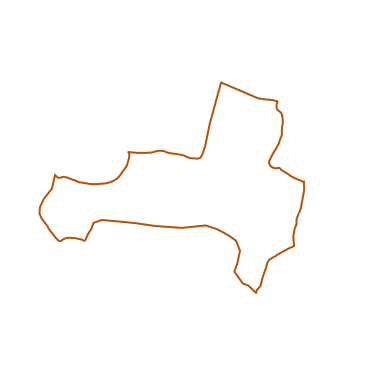 Lawdar, Abyan, Yemen, rotated 221°
{"feature_id": "15242507B88557001231936", "entity_name": "Lawdar", "entity_type": "district", "adm_level": 2, "iso_a3": "YEM", "parent_name": "Yemen", "parent_adm1": "Abyan", "projection": "robinson", "projection_center": [45.821, 13.812], "detail": "fine", "context": "isolated", "style": "outline", "palette": "amber", "viewbox_px": 384, "rotation_deg": 221, "n_neighbors": 0, "source": "geoboundaries", "source_scale": "gbopen_adm2", "svg_char_len": 5782}
<svg xmlns="http://www.w3.org/2000/svg" viewBox="0 0 384 384"><g transform="rotate(221 192 192)"><path d="M79.5,218.1L85.4,224.0L86.3,224.9L89.3,229.7L90.2,231.1L90.3,231.3L92.0,236.2L95.5,240.4L99.0,250.8L108.6,267.1L114.4,273.3L115.1,272.6L115.9,272.3L116.7,272.1L117.6,271.8L118.4,271.6L119.3,271.3L120.3,270.9L121.3,270.6L122.1,270.3L123.0,270.0L123.8,269.8L124.6,269.7L125.5,269.4L126.3,269.2L127.2,268.9L128.0,268.8L128.9,268.7L129.7,268.7L130.5,268.6L131.6,268.5L132.5,268.4L133.4,268.3L134.3,268.0L135.1,267.8L136.0,267.8L136.9,267.6L137.8,267.4L138.7,267.4L139.6,267.4L140.5,267.5L141.4,267.5L142.2,267.4L142.8,266.7L143.3,266.0L143.8,265.3L144.5,264.7L145.3,264.2L146.1,263.8L146.9,263.5L147.8,263.3L148.6,263.2L149.5,263.2L150.4,263.3L151.2,263.6L152.1,264.1L152.9,264.6L153.5,265.1L154.0,266.0L154.3,267.0L154.5,267.9L154.8,269.0L155.1,269.9L155.3,270.9L155.6,271.9L155.8,272.8L156.0,273.7L156.2,274.6L156.4,275.7L156.6,276.6L156.7,277.8L156.8,278.9L157.0,279.8L157.2,280.7L157.4,281.5L157.5,282.5L157.8,283.4L158.0,284.4L158.2,285.3L158.6,286.2L159.0,287.1L159.4,287.9L159.8,288.8L160.0,289.7L160.4,290.6L160.8,291.5L161.0,292.4L161.3,293.3L161.8,294.0L162.3,294.9L163.0,295.5L163.7,296.2L164.2,297.0L164.8,297.7L165.4,298.4L165.9,299.1L166.5,299.9L166.9,300.6L167.3,301.5L167.8,302.3L168.4,303.1L168.9,303.8L169.6,304.5L170.1,305.2L170.7,305.9L171.4,306.5L172.0,307.1L172.6,307.7L173.3,308.4L174.0,308.8L174.8,309.2L175.4,309.8L176.3,310.0L177.1,310.2L178.0,310.2L178.9,310.2L179.8,310.2L180.7,310.1L181.6,310.2L182.5,310.4L183.2,311.0L183.9,311.6L184.5,312.3L185.1,313.0L185.7,313.7L186.0,314.5L186.3,315.5L186.7,316.3L187.5,316.2L188.3,316.0L189.1,315.4L190.1,314.9L190.9,314.5L191.7,314.0L192.4,313.5L193.1,313.1L193.9,312.6L194.6,312.0L195.3,311.5L196.1,310.9L196.8,310.4L197.6,309.8L198.5,309.3L199.3,308.7L200.3,308.1L201.0,307.7L201.9,307.1L202.7,306.6L203.5,306.1L241.8,293.7L234.8,278.8L234.4,278.1L226.1,260.9L223.5,255.4L212.2,235.3L208.7,226.9L208.2,222.9L209.2,221.4L211.1,219.7L216.1,216.0L216.3,216.0L217.1,215.7L218.0,215.4L218.9,215.2L219.8,214.9L220.6,214.6L221.4,214.3L222.2,214.1L223.1,213.7L223.9,213.3L224.9,212.6L225.7,212.2L226.5,211.8L227.2,211.3L228.0,210.9L228.7,210.4L229.4,209.9L230.3,209.3L231.1,208.8L231.8,208.3L232.6,207.8L233.3,207.4L234.0,206.9L234.8,206.5L235.8,206.0L236.6,205.6L237.4,205.2L238.2,205.0L239.0,204.8L239.9,204.5L240.1,204.5L243.8,201.7L245.7,199.4L246.3,198.4L246.8,197.5L247.3,196.8L247.9,196.0L248.5,195.2L249.3,194.4L249.9,193.7L250.6,193.1L251.3,192.4L251.9,191.7L252.6,191.1L253.3,190.5L254.0,189.9L254.7,189.4L255.5,188.7L256.3,187.9L257.0,187.4L257.6,186.8L258.4,186.1L259.1,185.6L259.8,185.1L260.5,184.5L261.4,183.9L262.2,183.3L262.9,182.7L263.8,182.2L264.6,181.8L265.3,181.2L265.9,180.6L266.1,180.3L266.0,180.2L265.9,180.1L265.6,180.1L264.1,179.4L263.5,178.9L262.8,177.9L261.6,175.9L260.7,174.1L260.0,172.4L259.9,172.2L259.4,171.3L259.0,170.5L258.7,169.4L258.5,168.5L258.2,167.5L258.1,166.6L258.1,165.6L257.9,164.7L257.8,163.6L257.8,162.6L257.8,161.5L257.6,160.6L257.5,159.6L257.3,158.6L257.2,157.6L257.2,156.4L257.2,155.5L257.3,154.4L257.3,153.4L257.5,152.5L257.7,151.7L258.0,150.6L258.3,149.6L258.7,148.7L259.1,147.8L259.5,147.1L260.0,146.1L260.5,145.3L261.0,144.4L261.6,143.6L262.2,142.8L262.9,141.8L263.6,141.0L264.3,140.3L264.9,139.7L265.8,138.9L266.5,138.2L267.1,137.5L267.8,136.7L268.5,135.9L269.3,135.3L270.0,134.7L270.9,133.9L271.7,133.2L272.4,132.7L273.0,132.2L273.9,131.5L274.8,130.8L275.8,130.2L276.6,129.7L277.4,129.2L278.3,128.7L279.1,128.2L280.0,127.6L280.7,127.1L281.5,126.7L282.3,126.2L283.2,125.6L283.3,125.3L283.8,125.2L284.6,125.0L285.5,124.7L286.3,124.5L287.1,124.2L288.0,123.9L288.9,123.6L289.6,123.2L290.4,122.9L291.3,122.6L292.2,122.2L293.1,121.9L294.0,121.6L294.9,121.3L295.7,121.0L296.5,120.6L297.3,120.2L298.0,119.8L298.7,119.3L299.3,118.7L299.9,117.9L300.3,117.1L300.9,116.2L301.6,115.5L302.3,115.1L303.2,114.8L304.0,114.8L304.9,114.8L305.8,114.9L306.5,114.9L299.9,102.7L299.8,100.7L299.3,89.6L296.7,80.7L292.9,75.6L287.9,73.3L282.5,72.2L281.8,72.0L280.8,71.8L280.0,71.6L279.1,71.4L278.2,71.2L277.2,70.8L276.3,70.4L275.5,70.2L274.6,69.9L273.6,69.7L272.7,69.5L271.8,69.4L270.8,69.2L270.0,69.1L269.1,69.0L268.0,68.7L267.0,68.5L266.6,68.4L266.1,68.3L265.2,68.1L264.2,68.0L263.4,67.9L262.6,67.9L261.8,67.8L261.7,67.8L260.8,67.8L260.7,67.7L258.9,68.8L258.3,71.3L258.3,71.6L257.3,73.7L256.2,75.5L254.0,77.4L250.7,79.9L248.4,81.4L246.7,82.3L244.2,83.7L242.1,84.2L241.2,84.5L241.0,85.0L241.0,85.7L241.2,86.7L241.9,88.6L242.7,91.2L243.6,96.5L243.6,97.7L244.0,98.6L246.1,104.0L241.6,111.8L234.7,116.8L229.3,120.7L221.3,126.4L216.2,130.0L215.0,130.9L209.2,134.6L197.8,142.0L196.7,142.8L188.8,148.7L187.6,149.6L185.4,151.3L182.3,153.6L176.2,158.2L173.5,161.1L172.3,162.3L171.9,162.8L171.2,163.5L167.1,167.9L159.7,175.8L147.7,180.7L147.3,180.7L140.4,182.3L138.3,182.6L134.8,183.4L127.0,184.1L117.3,179.2L115.3,175.7L111.0,167.9L110.8,167.5L107.8,159.7L97.5,157.2L93.7,156.3L88.2,158.3L77.5,157.9L77.5,158.2L77.9,158.9L78.8,160.8L78.7,161.6L78.7,161.8L78.7,162.9L78.7,163.8L78.7,164.9L78.7,165.8L79.1,166.8L79.6,167.8L79.9,168.6L80.5,169.6L81.1,170.7L81.6,171.7L82.0,172.5L82.3,173.2L82.4,173.4L82.8,174.3L83.2,175.3L83.5,176.2L84.0,177.2L84.4,178.2L84.6,178.8L84.7,179.1L85.1,179.9L85.5,180.8L85.8,181.8L86.1,182.8L86.5,183.6L86.9,184.5L87.4,185.4L87.8,186.2L88.2,187.0L88.5,187.9L88.9,188.9L89.1,189.8L89.2,190.7L89.1,191.8L88.9,192.7L88.6,193.7L88.3,194.5L88.0,195.5L87.5,197.0L87.1,197.9L86.8,198.8L86.6,200.0L86.3,201.0L86.0,202.0L85.7,202.8L85.3,203.7L84.9,204.8L84.6,205.8L84.3,206.7L83.9,207.8L83.4,209.0L83.1,209.8L82.7,210.8L82.3,211.8L82.0,212.7L81.6,213.7L81.2,214.6L80.7,215.5L80.3,216.4L79.9,217.3L79.5,218.1L79.5,218.1Z" fill="none" stroke="#b45309" stroke-width="2"/></g></svg>